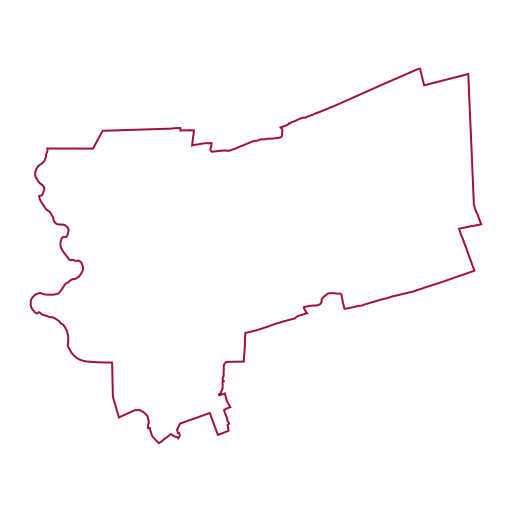 the district of Curtisoara, Olt, Romania
{"feature_id": "2599482B14580718178390", "entity_name": "Curtisoara", "entity_type": "district", "adm_level": 2, "iso_a3": "ROU", "parent_name": "Romania", "parent_adm1": "Olt", "projection": "orthographic", "projection_center": [24.348, 44.485], "detail": "fine", "context": "isolated", "style": "outline", "palette": "rose", "viewbox_px": 512, "rotation_deg": 0, "n_neighbors": 0, "source": "geoboundaries", "source_scale": "gbopen_adm2", "svg_char_len": 5966}
<svg xmlns="http://www.w3.org/2000/svg" viewBox="0 0 512 512"><path d="M148.0,428.2L149.1,428.1L150.0,428.1L150.3,430.3L151.8,435.2L152.4,436.3L154.0,438.2L156.4,440.7L158.8,443.2L161.0,441.9L165.6,438.0L166.5,437.5L170.8,434.2L172.1,434.7L173.0,435.6L174.4,436.4L175.7,436.8L176.8,437.1L177.6,437.6L178.2,438.3L179.0,437.1L179.8,435.5L179.7,434.7L179.1,433.0L177.8,432.9L177.1,429.6L180.2,423.4L180.7,423.4L185.0,421.8L196.8,417.7L197.3,417.5L209.8,413.0L217.9,434.9L222.2,433.3L228.3,430.9L228.5,430.5L228.5,429.4L228.3,428.8L228.0,428.3L228.2,427.5L227.8,426.6L227.8,425.8L227.6,425.1L228.9,423.8L229.0,423.6L229.0,423.4L228.8,422.8L228.5,422.3L228.2,421.9L227.7,421.3L227.4,420.9L227.2,420.2L227.2,418.9L226.7,417.5L226.3,415.9L225.8,415.1L224.8,412.7L224.2,410.5L224.1,410.0L225.7,409.0L226.2,408.7L230.3,407.1L229.1,405.0L228.2,403.4L227.0,401.4L225.8,397.3L225.5,395.8L225.2,394.9L224.8,393.4L222.8,394.1L220.9,394.9L219.7,395.3L219.2,395.2L219.0,394.6L219.0,394.3L219.2,394.1L220.1,393.7L220.9,392.8L220.9,392.1L221.4,391.0L222.1,389.8L222.6,388.4L222.6,385.4L222.7,384.4L222.6,384.2L222.5,383.1L222.5,381.9L222.7,381.7L223.2,381.5L223.6,381.5L223.8,381.4L223.9,381.2L223.5,380.8L223.1,380.6L222.8,380.2L222.5,379.8L222.5,379.5L222.7,379.3L222.8,378.0L223.3,376.7L223.7,375.6L223.6,375.1L223.6,372.9L223.8,368.4L223.7,366.0L224.2,364.3L224.4,364.0L224.9,363.4L226.4,361.9L243.7,361.6L244.7,348.4L245.3,333.0L252.4,331.3L257.1,330.1L267.2,326.8L275.3,323.9L283.3,321.5L295.2,318.3L296.1,317.2L297.5,316.2L306.2,313.5L307.0,313.2L306.7,313.0L306.5,312.8L304.3,308.9L303.8,307.6L303.8,307.2L304.0,307.0L308.8,306.1L310.5,305.9L311.1,305.7L313.4,305.5L315.5,305.6L316.8,305.4L317.3,305.3L317.9,305.1L318.3,304.8L318.8,304.6L319.4,304.6L320.0,304.3L320.6,303.7L321.4,302.3L321.6,301.6L321.6,301.0L321.6,300.0L321.7,299.4L322.4,298.4L323.0,297.7L323.5,296.9L324.3,296.3L325.6,295.5L327.2,293.9L327.8,293.6L329.8,293.2L333.7,293.2L334.5,293.3L337.8,293.7L338.5,293.7L339.5,293.6L340.4,293.7L341.0,294.0L341.2,294.3L341.4,294.6L341.9,296.9L343.0,303.1L344.4,308.3L344.5,308.7L345.8,308.7L351.2,307.6L356.1,306.5L356.9,306.2L360.5,305.8L361.8,305.6L363.9,304.7L381.3,299.5L384.4,298.7L385.4,298.6L392.2,296.5L409.4,292.4L410.2,292.3L411.7,292.0L414.4,291.1L418.1,289.8L420.3,289.1L423.4,288.0L436.8,283.7L444.8,281.1L458.0,276.4L465.7,273.8L469.2,272.5L474.4,270.7L470.1,258.9L467.2,251.1L466.5,248.7L464.4,243.4L462.7,238.6L461.6,236.2L460.9,234.4L459.1,228.7L470.5,226.3L474.6,225.6L481.3,224.3L479.4,219.5L477.5,214.3L476.6,212.4L475.7,210.5L474.9,207.9L473.9,205.0L473.8,203.7L473.8,201.9L473.5,196.0L473.2,189.3L473.1,185.3L472.9,181.6L470.8,131.9L470.3,122.3L468.3,74.0L424.2,85.3L423.0,80.9L420.9,72.1L420.1,68.8L418.7,68.9L417.1,69.4L380.0,85.6L334.2,106.0L317.5,112.8L317.4,112.6L312.5,114.9L311.6,115.0L309.8,115.9L306.9,116.8L305.6,117.6L305.0,117.7L303.6,117.6L300.4,118.5L299.0,119.1L296.6,120.3L294.2,121.3L293.0,121.7L291.9,122.0L289.9,123.5L289.0,123.3L288.2,124.3L287.8,124.7L287.1,125.0L284.7,126.0L280.5,127.4L280.7,127.7L282.0,128.6L282.2,128.9L282.3,129.2L282.3,130.0L282.3,131.0L282.2,131.6L282.2,132.8L282.0,134.2L281.9,135.9L281.3,136.8L280.9,137.1L279.8,137.5L277.6,138.0L271.3,138.7L270.1,138.7L269.3,138.6L268.1,138.7L265.9,139.0L265.0,139.3L263.2,139.4L262.7,139.3L262.4,139.2L261.0,139.4L260.1,139.6L258.5,140.3L256.3,140.7L254.7,140.9L252.7,141.3L246.9,143.8L245.5,144.3L243.0,145.4L240.4,146.4L237.9,147.5L237.2,147.9L235.8,148.5L234.2,149.1L231.7,149.8L230.2,150.4L229.6,150.7L229.1,150.7L227.4,150.8L225.3,150.5L224.7,150.4L220.8,150.8L218.9,150.9L216.1,151.3L214.9,151.4L212.2,151.7L211.7,151.7L210.5,150.2L210.4,149.8L210.4,149.3L210.7,147.9L210.9,147.1L211.5,144.5L211.6,143.1L211.4,142.9L208.3,143.4L208.0,143.4L207.1,143.1L203.8,143.4L194.1,145.0L192.1,145.5L193.1,137.2L193.5,134.7L193.9,130.4L190.3,130.4L190.3,130.1L189.8,130.1L189.8,130.3L187.5,130.4L184.7,130.3L180.4,130.5L180.4,128.0L174.9,128.2L173.4,128.3L171.7,128.6L102.6,130.8L93.0,148.6L47.4,148.5L47.5,150.5L47.1,152.0L46.7,153.1L46.1,154.2L46.0,154.8L46.2,155.5L45.9,156.7L45.4,158.0L44.9,160.2L44.0,161.4L41.9,163.5L39.6,165.0L38.0,166.5L36.9,168.2L36.0,169.7L35.4,171.8L35.2,173.4L35.1,175.0L35.7,177.2L37.4,179.9L39.0,182.3L40.8,184.0L41.7,184.5L43.2,185.9L43.7,186.5L44.3,187.5L44.2,189.9L43.3,192.2L42.5,194.4L41.8,195.2L40.8,195.7L39.4,195.8L39.2,196.2L39.2,197.0L39.4,198.0L39.8,199.3L41.1,201.7L43.9,205.9L45.1,207.9L46.4,209.6L48.2,210.9L49.2,211.4L50.7,213.2L53.2,217.6L53.4,218.6L53.7,220.5L54.7,222.2L56.0,223.5L57.2,224.2L59.2,224.6L59.8,224.4L60.9,224.4L62.0,224.7L63.3,224.6L65.2,225.3L67.3,227.3L68.1,228.2L68.5,229.4L68.5,230.5L68.3,231.8L67.8,234.0L67.2,235.5L66.9,236.4L66.4,237.0L65.1,236.9L63.7,237.0L62.6,237.3L61.7,238.3L60.9,240.7L60.4,243.0L60.7,247.0L61.1,248.0L63.3,251.8L68.1,258.0L68.6,258.9L69.3,259.6L69.8,259.8L70.5,260.1L71.1,260.1L72.7,259.8L75.0,260.8L75.7,260.8L78.6,260.6L81.1,262.2L82.7,266.0L83.2,269.1L82.4,271.2L81.1,273.6L79.2,276.4L76.5,278.2L74.7,279.1L73.1,279.0L70.8,280.0L67.6,282.7L65.6,283.8L64.4,285.2L63.4,287.0L62.6,288.1L61.4,289.9L59.7,292.0L57.9,293.8L53.5,294.7L46.6,294.7L42.9,294.0L41.5,293.3L39.9,293.0L37.6,293.6L35.5,294.5L32.2,297.7L31.3,299.5L30.8,300.9L30.7,304.4L31.0,306.7L32.1,308.9L34.4,311.8L36.0,313.2L36.8,313.4L37.5,313.2L38.1,312.6L38.8,312.2L40.0,312.7L42.2,314.5L49.5,317.0L52.0,317.2L54.4,318.0L58.6,320.7L61.5,324.0L63.2,324.7L64.9,327.3L66.8,330.5L68.2,336.1L68.2,339.9L67.8,346.1L71.5,352.8L74.4,356.0L76.9,358.2L80.7,360.0L85.5,361.4L98.0,362.3L112.1,362.6L112.9,396.8L118.9,417.4L134.4,410.4L135.2,410.1L136.7,410.2L137.6,410.1L138.5,409.8L139.4,409.9L139.9,410.1L141.3,411.1L143.1,411.9L144.0,412.5L144.5,413.1L145.7,414.0L146.0,414.5L146.6,415.3L147.2,415.8L147.6,416.6L147.9,417.5L147.9,418.0L148.0,418.6L148.3,419.5L148.9,422.9L148.5,423.7L148.3,424.0L148.2,424.2L148.1,424.6L148.1,426.8L148.0,427.5L147.9,427.9L148.0,428.2Z" fill="none" stroke="#9f1239" stroke-width="2"/></svg>